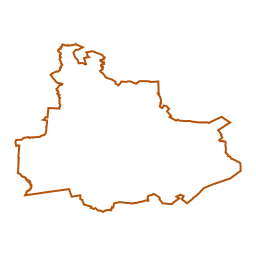 outline of Zantes pag., Kandavas, Latvia
{"feature_id": "27541924B93807548705439", "entity_name": "Zantes pag.", "entity_type": "district", "adm_level": 2, "iso_a3": "LVA", "parent_name": "Latvia", "parent_adm1": "Kandavas", "projection": "natural_earth1", "projection_center": [22.704, 56.858], "detail": "fine", "context": "isolated", "style": "outline", "palette": "amber", "viewbox_px": 256, "rotation_deg": 0, "n_neighbors": 0, "source": "geoboundaries", "source_scale": "gbopen_adm2", "svg_char_len": 5474}
<svg xmlns="http://www.w3.org/2000/svg" viewBox="0 0 256 256"><path d="M102.3,55.0L92.4,51.2L86.4,52.4L87.2,53.2L87.3,55.5L88.9,57.1L88.4,57.1L84.1,58.0L86.0,64.2L84.8,64.3L84.5,63.7L82.1,63.0L78.6,63.3L78.0,60.9L77.2,59.3L77.0,59.1L75.4,57.9L74.7,56.5L74.1,54.9L74.1,54.6L73.4,52.7L75.6,49.8L77.9,49.9L82.7,47.3L77.1,44.9L75.6,44.0L74.9,44.6L68.4,45.7L68.4,45.4L68.2,45.4L67.8,45.2L67.3,45.1L67.1,45.1L65.5,45.6L63.3,44.5L62.6,44.4L62.4,44.5L62.5,44.7L62.2,45.2L61.9,46.4L61.7,46.6L61.0,46.9L60.7,47.1L61.1,47.5L61.2,47.8L60.8,48.7L60.5,48.9L60.3,49.0L59.9,48.8L59.5,48.9L59.5,49.4L59.3,49.6L58.7,49.7L58.3,49.9L58.0,50.4L57.9,50.7L58.4,51.4L59.1,51.9L59.9,52.6L60.4,53.1L60.4,53.3L60.8,53.5L60.7,53.9L60.5,54.1L60.2,54.2L60.1,54.4L60.4,54.6L60.1,55.0L59.8,55.8L59.9,56.3L60.9,57.2L59.8,58.1L59.6,59.4L60.1,59.9L60.2,60.9L61.1,62.1L61.3,63.6L61.8,64.0L62.3,64.9L61.5,65.4L60.9,66.2L60.6,66.8L60.5,67.0L60.8,67.3L60.6,67.4L60.6,68.1L59.9,68.3L59.9,69.5L60.0,70.1L57.6,71.8L56.7,71.4L53.1,73.0L50.6,74.7L52.5,77.5L56.3,82.0L58.1,83.1L61.5,83.6L62.3,84.0L61.6,84.9L59.7,85.1L58.9,86.0L57.8,87.8L56.4,88.8L56.8,90.6L58.1,90.7L58.5,92.7L58.2,93.0L57.9,93.1L57.8,93.4L57.3,93.6L57.9,94.4L58.9,94.6L59.6,95.1L58.7,96.3L59.0,97.2L60.1,97.7L59.9,98.2L59.3,99.5L59.6,101.8L59.4,103.4L60.3,104.8L60.1,106.6L59.1,107.3L59.3,108.6L48.4,108.0L47.5,117.4L45.5,117.3L43.8,119.6L43.4,119.8L47.1,120.5L46.6,126.6L46.3,126.6L46.4,128.4L46.3,129.9L46.2,130.3L45.7,133.4L44.2,135.1L42.3,135.4L40.7,136.2L40.0,136.8L34.2,137.3L33.3,137.2L32.9,137.7L31.7,137.3L29.3,138.0L28.7,137.1L23.6,137.9L21.5,139.8L16.2,139.9L15.4,142.1L16.2,146.0L18.3,145.4L18.4,145.2L18.9,145.4L19.2,145.8L19.3,145.8L18.6,153.8L18.3,157.1L18.3,157.3L18.5,157.3L19.0,157.9L18.4,160.0L18.6,160.1L18.2,170.5L17.8,173.2L19.6,173.7L19.8,173.9L20.7,174.5L20.9,174.8L21.0,174.9L20.9,175.1L21.0,175.3L21.3,175.8L21.8,176.1L21.9,176.3L22.8,176.4L22.9,176.5L23.0,176.9L24.0,177.0L24.5,176.9L24.6,177.0L24.7,177.3L24.9,177.5L25.7,178.0L25.6,178.3L25.7,178.5L26.0,178.9L26.4,178.8L26.6,179.0L26.1,179.2L26.1,179.4L26.4,179.4L26.4,179.6L26.2,179.6L26.5,180.1L27.3,180.8L27.5,180.8L27.7,180.5L28.0,180.4L28.6,180.5L29.1,180.8L29.6,180.8L29.8,181.2L29.7,181.5L29.4,181.8L29.3,182.1L29.6,182.1L29.8,181.9L30.3,182.1L30.2,182.5L29.9,182.6L30.2,182.7L30.2,182.9L29.8,183.3L29.8,183.6L30.8,184.0L31.0,184.5L31.4,184.7L31.3,185.1L30.8,185.2L30.5,185.4L30.7,185.7L31.0,185.9L31.5,186.7L31.5,187.2L31.2,187.7L31.2,188.1L30.8,188.5L30.4,188.2L30.3,188.3L30.2,188.5L30.3,189.1L29.7,189.5L29.8,189.8L29.8,190.0L29.7,190.1L29.3,190.1L28.7,190.5L28.2,190.6L28.0,191.1L27.8,191.2L27.2,191.2L26.8,191.4L26.6,191.5L26.6,191.8L26.3,192.1L26.2,192.5L26.4,192.7L26.4,192.9L26.4,193.4L26.3,193.7L26.3,194.1L25.6,194.5L25.4,194.8L25.0,195.0L24.9,195.3L36.6,193.7L45.1,192.4L69.1,189.1L70.5,193.3L71.7,196.7L80.4,195.3L80.3,199.1L81.4,199.6L82.5,200.0L82.5,201.5L83.8,203.6L83.8,204.5L91.3,206.6L90.7,207.8L91.8,208.1L93.6,209.0L95.0,208.2L95.3,208.1L96.2,208.8L98.1,210.5L99.0,210.6L99.4,210.4L101.2,210.9L101.6,211.1L103.0,212.0L104.6,210.8L107.5,210.0L110.0,210.2L110.9,210.4L111.2,210.3L110.9,209.2L111.4,209.0L111.5,208.7L111.9,207.2L113.2,207.6L114.2,203.3L118.6,202.3L121.1,202.2L126.3,202.9L129.7,203.1L132.0,203.5L132.6,203.5L134.0,203.0L136.8,202.9L139.3,202.0L140.5,201.9L143.6,201.2L145.5,200.5L147.3,200.4L148.1,200.9L148.3,200.9L148.3,199.9L147.9,199.1L147.6,198.4L147.9,196.4L148.2,195.8L150.0,195.5L152.2,194.8L153.0,194.2L153.3,193.9L154.5,194.3L155.3,194.8L159.4,197.4L159.8,198.4L159.4,199.3L162.6,203.4L164.6,203.4L166.2,203.6L169.7,204.1L171.6,204.1L172.4,203.8L173.6,202.3L179.3,198.3L178.0,197.8L177.2,197.0L176.5,196.6L180.5,194.7L183.7,196.2L181.8,199.3L187.0,203.3L188.7,202.0L193.1,198.4L193.4,197.6L194.2,197.3L196.7,195.4L199.0,193.3L202.3,189.6L203.9,188.1L212.7,184.4L223.0,180.9L224.2,180.4L227.9,179.3L230.3,178.4L233.2,176.3L237.0,173.6L237.2,173.3L238.6,172.3L240.5,171.2L240.5,170.7L240.6,168.4L240.6,165.5L240.2,163.0L232.6,159.0L231.3,158.8L230.4,157.0L228.7,156.2L229.0,156.1L226.5,153.2L226.2,153.3L225.6,152.3L225.8,152.2L225.9,148.6L225.6,146.7L225.4,144.1L225.7,143.0L225.3,141.6L224.8,141.4L223.5,141.6L223.0,140.8L221.3,141.1L220.1,141.1L219.8,141.0L219.8,140.9L219.2,140.0L219.8,139.7L221.6,138.1L222.3,137.7L220.9,134.9L221.4,134.6L218.6,130.6L218.1,130.2L230.1,122.5L223.2,118.0L221.7,116.8L210.1,122.2L210.1,122.3L208.9,122.8L208.8,123.0L207.4,122.4L204.5,122.4L197.4,122.4L194.9,121.9L191.5,121.5L190.1,121.0L185.2,121.1L179.6,120.6L177.6,119.7L176.2,120.7L174.1,119.5L169.6,117.1L171.1,116.0L167.0,111.3L169.1,108.7L166.3,106.0L163.6,105.5L163.0,107.0L162.5,107.7L161.9,108.2L159.8,106.4L160.5,104.1L160.4,103.1L160.9,103.1L161.0,99.9L160.3,97.8L160.4,97.4L158.8,95.1L158.6,94.6L157.9,93.6L159.0,93.6L158.5,92.0L158.6,90.9L158.3,81.5L152.5,81.9L152.4,81.9L149.8,81.9L149.5,81.4L146.7,81.2L142.7,81.1L139.5,81.2L136.2,83.4L136.3,83.5L135.4,83.6L130.2,81.3L127.8,81.5L126.3,81.9L121.3,81.6L120.4,83.2L118.4,85.4L115.5,83.4L115.5,81.8L111.9,79.5L107.1,78.0L105.2,76.8L105.1,76.6L104.0,74.7L102.8,73.3L100.5,71.7L100.0,71.0L101.8,69.6L102.7,69.4L102.8,68.6L102.0,67.7L103.1,67.0L102.6,66.3L101.6,66.3L101.2,66.1L101.0,65.8L101.1,64.8L102.2,64.6L102.6,63.9L104.2,63.9L104.0,62.4L103.8,62.2L102.2,62.3L101.9,61.4L100.7,61.2L100.3,60.7L100.2,60.2L100.4,59.9L103.5,59.5L103.4,58.9L104.1,58.7L104.0,58.4L103.9,57.9L104.6,57.4L102.9,55.9L102.5,55.4L102.3,55.0Z" fill="none" stroke="#b45309" stroke-width="2"/></svg>